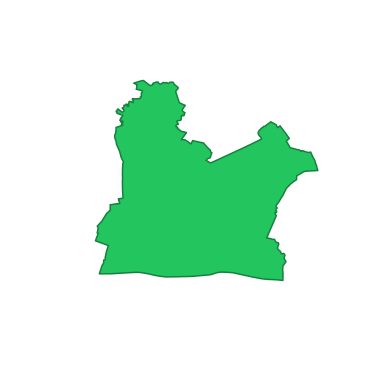 the district of Binh Thuy, Hau Giang, Vietnam, rotated 148°
{"feature_id": "81297802B33814118608654", "entity_name": "Binh Thuy", "entity_type": "district", "adm_level": 2, "iso_a3": "VNM", "parent_name": "Vietnam", "parent_adm1": "Hau Giang", "projection": "mercator", "projection_center": [105.717, 10.061], "detail": "fine", "context": "isolated", "style": "filled", "palette": "green", "viewbox_px": 384, "rotation_deg": 148, "n_neighbors": 0, "source": "geoboundaries", "source_scale": "gbopen_adm2", "svg_char_len": 6014}
<svg xmlns="http://www.w3.org/2000/svg" viewBox="0 0 384 384"><g transform="rotate(148 192 192)"><path d="M161.8,68.9L157.9,74.8L156.1,78.4L154.0,81.1L153.2,81.5L150.7,82.4L149.5,83.0L149.1,83.7L149.2,85.7L149.0,86.8L148.6,87.6L146.7,89.1L146.5,90.3L146.6,90.9L147.0,91.4L148.4,91.8L148.7,92.4L148.8,93.4L148.5,94.7L148.6,95.4L149.2,96.8L149.5,98.4L149.1,99.4L146.2,101.6L145.8,102.7L145.8,103.3L146.2,103.8L147.2,104.6L147.4,105.5L147.4,106.6L147.0,108.0L148.6,109.1L150.2,110.9L152.9,113.5L133.1,127.2L132.8,130.3L131.3,130.0L130.8,130.2L130.4,130.7L130.4,131.1L130.8,132.3L130.5,132.6L130.1,132.8L129.5,133.0L128.3,133.2L128.2,133.4L128.5,135.2L128.2,135.6L127.9,135.9L123.4,137.7L121.9,138.4L121.1,138.9L116.5,141.1L111.0,144.5L109.3,145.3L106.4,145.9L104.7,146.5L101.7,146.8L101.2,147.0L96.9,147.0L96.7,147.2L94.6,150.2L87.4,150.0L85.9,149.8L84.6,149.4L74.0,143.6L72.3,148.9L72.1,150.0L72.0,151.0L71.2,153.4L71.0,154.9L71.0,157.3L70.2,162.9L70.9,163.2L72.4,163.9L73.9,165.4L76.4,168.6L76.8,168.8L77.6,168.3L77.8,168.4L78.3,170.1L79.1,171.3L80.1,172.0L83.5,175.7L85.1,177.3L85.3,177.6L85.1,179.5L85.3,179.8L85.1,180.6L85.2,181.4L85.0,182.8L85.2,184.3L85.1,184.7L84.9,185.1L84.2,185.3L81.1,185.9L81.5,192.9L81.7,193.9L82.3,201.4L85.2,201.3L85.3,202.3L85.0,204.3L85.2,204.7L85.6,205.3L85.9,206.0L86.1,206.6L87.4,208.7L87.9,209.7L93.5,209.3L95.2,209.1L95.5,209.1L96.2,209.6L96.6,209.6L97.1,209.4L98.3,209.3L99.4,209.3L103.1,208.3L104.6,207.1L105.2,205.2L105.1,204.2L104.7,202.0L104.7,201.1L104.8,200.2L105.0,200.1L112.7,200.8L126.7,202.4L157.7,206.3L159.6,206.6L160.9,207.0L161.5,207.7L163.2,211.4L162.0,211.8L161.2,212.0L160.7,211.9L159.2,211.5L158.5,211.4L158.1,211.6L156.6,213.0L154.4,214.7L154.7,215.7L154.8,216.2L154.7,216.8L154.3,217.9L154.7,219.2L155.4,221.9L155.7,224.1L155.9,224.8L156.2,227.4L161.4,232.4L162.0,233.1L163.0,233.9L163.8,235.1L164.0,235.2L164.4,235.1L167.2,233.4L167.4,233.4L167.6,233.6L169.1,237.4L170.2,239.8L170.5,240.2L171.0,240.5L172.1,241.3L173.1,241.7L173.2,241.9L173.1,242.0L172.4,242.4L172.1,242.4L171.3,242.9L165.3,245.2L165.2,245.4L166.0,246.1L166.7,247.1L169.2,249.2L169.2,249.4L169.2,250.1L169.9,251.4L169.8,252.1L170.5,253.0L170.6,253.4L170.6,253.7L170.1,254.0L170.0,254.6L170.8,255.8L170.9,256.1L170.8,256.3L170.3,256.8L169.7,257.2L169.3,257.3L168.8,257.2L168.4,256.7L168.2,256.6L167.7,256.9L167.5,257.5L167.5,259.3L167.2,259.8L167.2,260.0L166.6,260.2L165.0,259.3L163.3,258.9L163.0,259.0L162.7,259.4L161.6,260.9L161.3,261.7L161.1,261.9L160.2,261.7L159.7,262.2L158.6,261.1L158.4,261.1L157.4,261.6L157.3,262.3L157.0,262.6L156.0,262.8L156.0,263.0L157.0,265.1L157.0,266.1L156.9,266.6L156.5,266.9L151.9,269.1L153.6,271.6L155.4,274.5L152.8,285.1L152.6,285.7L151.5,286.5L149.9,286.8L149.4,287.0L149.0,287.2L148.5,287.7L148.4,288.0L148.5,288.5L149.9,292.4L150.0,293.1L149.8,294.8L150.0,295.2L151.9,296.5L152.4,296.7L152.8,296.7L153.5,296.5L154.3,296.6L155.1,297.3L155.3,298.0L155.6,298.3L157.3,299.0L158.0,299.8L158.3,300.1L158.7,300.2L159.2,300.2L160.6,299.9L161.6,300.2L162.3,301.2L162.5,301.8L162.6,302.4L162.5,303.1L162.7,303.4L164.0,304.1L164.3,304.3L165.3,304.3L167.0,304.8L167.4,304.9L167.6,304.8L167.7,304.0L168.0,303.9L168.6,304.0L169.7,303.8L170.2,304.1L170.9,304.3L171.1,305.0L171.5,305.3L171.9,306.2L172.0,306.7L173.0,309.4L174.0,312.2L175.5,312.9L177.6,313.6L183.3,315.1L183.6,315.0L181.9,312.3L182.0,312.0L182.5,311.7L182.7,310.9L183.5,309.8L184.8,308.6L181.9,305.8L181.4,305.2L180.6,303.9L180.9,303.4L181.2,303.2L181.8,302.9L182.4,302.8L182.8,302.4L183.1,302.0L183.3,301.1L183.6,300.8L183.8,300.7L184.1,300.2L184.5,300.0L185.3,299.9L185.4,299.3L185.5,299.1L186.3,299.3L186.5,299.2L186.9,298.9L187.1,298.9L187.5,299.1L188.8,300.1L190.3,300.6L190.7,301.1L191.7,301.6L192.5,302.5L192.9,302.7L193.2,302.6L193.5,302.2L193.6,301.7L193.3,300.7L194.1,299.8L194.4,299.1L194.7,299.1L194.9,299.2L195.7,300.9L196.8,301.8L197.1,302.0L197.5,301.9L198.3,301.0L199.2,300.4L199.7,299.5L200.0,298.6L200.6,298.4L201.2,298.8L201.3,299.1L201.2,299.5L200.7,300.6L200.8,301.0L201.1,301.3L201.5,301.4L202.1,301.1L202.6,301.0L203.0,301.1L203.6,301.6L203.9,301.5L204.0,301.3L204.2,300.6L204.5,300.3L205.6,300.1L206.3,300.2L206.7,300.0L206.6,299.2L206.2,298.2L206.2,297.6L206.5,297.1L206.8,296.8L207.8,296.4L208.7,296.7L209.1,297.1L210.8,301.6L211.5,301.5L211.9,301.3L212.4,300.9L213.4,300.7L213.6,300.5L213.7,300.3L213.7,299.1L213.8,298.4L212.4,296.5L211.7,295.8L211.6,295.4L211.4,295.2L210.9,295.0L210.2,294.0L210.2,293.7L210.5,293.4L210.8,293.1L211.5,293.0L212.0,292.7L212.6,292.1L212.8,292.1L213.2,292.4L213.4,292.4L214.0,291.8L214.1,291.1L214.6,291.4L214.9,291.3L215.1,291.0L215.2,290.6L214.9,290.0L214.9,289.7L215.2,289.3L215.2,289.0L215.1,288.8L214.9,288.6L214.2,288.5L213.9,288.6L213.8,289.0L213.6,289.1L213.4,289.0L213.3,288.3L213.4,288.0L213.5,287.9L214.3,287.9L214.6,287.2L215.1,287.4L215.3,287.4L215.4,287.2L215.3,286.8L215.4,286.6L215.9,286.5L215.3,285.5L215.5,285.3L217.1,285.8L220.3,286.5L221.9,286.9L222.3,286.9L222.5,286.7L223.3,285.1L225.3,282.9L226.2,281.7L226.9,281.5L227.3,281.3L228.3,279.8L228.8,278.5L229.2,277.1L229.6,274.8L230.4,273.4L230.7,272.6L231.7,265.7L232.2,263.6L233.4,260.0L233.8,258.3L234.2,254.4L234.4,253.5L235.3,253.1L236.4,251.7L239.4,247.3L242.1,243.1L243.6,240.4L244.9,238.7L250.6,229.2L253.6,223.5L254.1,223.5L254.7,223.7L257.8,225.1L258.1,224.1L258.5,224.2L259.1,220.8L259.5,220.6L261.4,221.6L268.1,224.5L270.7,220.5L270.7,220.0L275.4,219.1L276.3,218.8L283.7,215.1L290.2,213.3L290.5,213.0L290.7,211.1L294.1,207.5L293.3,206.7L297.6,203.5L299.7,201.7L293.9,194.3L291.3,190.9L295.9,187.0L300.4,182.4L300.4,181.9L301.5,180.8L301.8,180.6L302.2,180.7L302.8,181.1L303.0,181.0L304.8,178.4L306.6,177.7L307.6,177.0L313.5,172.1L313.8,171.6L303.7,165.4L283.0,154.1L279.5,151.9L276.2,149.2L271.4,144.8L270.4,143.7L265.3,138.8L259.2,133.8L249.2,127.8L237.2,120.7L220.9,112.4L218.5,111.5L214.7,110.7L212.4,109.9L209.5,108.5L205.3,105.7L199.8,101.6L186.0,88.1L179.1,81.7L175.1,78.5L166.6,72.6L161.8,68.9Z" fill="#22c55e" stroke="#15803d" stroke-width="1.5"/></g></svg>